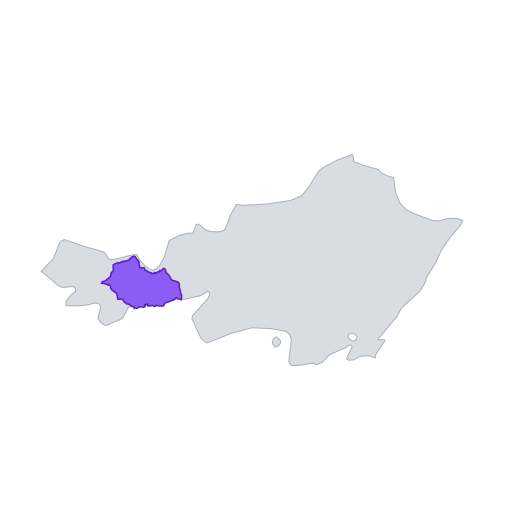 Sisian, Syunik, Armenia (highlighted), rotated 131°
{"feature_id": "60910142B33195245753630", "entity_name": "Sisian", "entity_type": "district", "adm_level": 2, "iso_a3": "ARM", "parent_name": "Armenia", "parent_adm1": "Syunik", "projection": "natural_earth1", "projection_center": [45.922, 39.579], "detail": "fine", "context": "in_parent", "style": "filled", "palette": "violet", "viewbox_px": 512, "rotation_deg": 131, "n_neighbors": 0, "source": "geoboundaries", "source_scale": "gbopen_adm2", "svg_char_len": 7359}
<svg xmlns="http://www.w3.org/2000/svg" viewBox="0 0 512 512"><g transform="rotate(131 256 256)"><path d="M229.9,304.6L226.3,299.0L208.5,280.8L191.9,266.7L180.5,261.0L169.0,261.6L151.1,264.4L144.6,263.2L129.1,257.1L116.2,249.8L118.0,246.8L120.7,244.6L117.5,235.2L110.4,220.0L111.2,215.3L109.0,208.7L106.5,203.7L116.8,191.9L121.5,182.3L122.6,173.0L120.0,163.4L113.4,145.9L109.4,140.9L101.8,136.1L95.4,128.4L93.9,122.9L99.3,121.8L115.0,121.7L130.3,119.8L142.3,116.2L159.6,113.2L166.7,110.5L175.0,109.2L200.3,112.1L209.7,109.8L238.2,109.4L238.9,108.3L235.1,104.6L235.1,103.2L252.1,100.9L254.7,99.1L256.9,105.0L263.2,111.5L270.2,114.1L273.9,117.7L274.1,120.4L261.7,123.7L260.9,125.4L261.7,127.0L265.4,127.8L282.6,135.9L292.4,136.1L297.6,138.6L300.2,143.5L308.4,150.1L314.9,156.6L315.3,158.8L314.1,162.0L295.7,174.6L293.4,179.0L293.1,183.6L301.1,197.3L313.0,212.2L330.1,223.6L353.8,235.9L354.1,243.5L350.3,252.6L347.1,258.8L345.6,263.0L342.8,264.7L319.2,264.4L315.6,265.8L314.1,267.6L314.0,269.1L322.4,271.9L335.7,281.6L343.3,291.0L351.2,295.1L360.1,302.7L367.3,309.7L378.4,318.7L390.8,315.8L407.3,323.8L408.0,329.3L407.0,334.2L396.6,339.6L395.3,341.8L395.3,343.6L396.7,346.3L402.8,350.6L410.0,357.1L418.1,366.8L414.5,369.7L407.0,370.1L401.1,369.0L399.0,370.9L399.1,374.1L406.8,381.5L408.3,386.9L408.0,396.2L408.5,408.0L390.5,407.2L375.1,412.9L369.4,411.7L365.5,401.7L362.2,393.6L352.5,372.8L355.1,364.2L349.7,359.3L336.6,350.4L333.2,346.8L335.1,341.7L336.3,332.5L335.1,325.1L331.6,322.8L325.1,322.7L317.1,324.5L301.1,331.7L290.1,327.1L283.7,322.5L280.0,318.6L271.7,321.8L269.7,320.3L269.3,310.7L266.8,305.5L261.8,299.5L257.2,296.6L240.1,302.6L229.9,304.6ZM256.9,133.2L257.4,129.8L256.6,126.7L253.9,125.7L250.5,126.5L250.2,129.9L251.2,133.2L254.6,134.7L256.9,133.2ZM311.2,186.4L307.3,188.6L303.6,187.6L303.7,182.2L306.3,180.1L309.4,180.2L312.3,182.1L311.2,186.4Z" fill="#d9dde1" stroke="#a8b0b8" stroke-width="1"/><path d="M377.8,354.7L376.0,351.8L374.8,348.2L374.0,348.2L374.0,346.3L375.6,344.7L376.2,342.2L375.7,336.7L379.3,331.8L376.2,328.6L377.1,325.5L377.0,322.0L375.9,320.6L375.8,320.2L375.7,319.9L375.7,319.7L375.7,319.2L375.8,318.8L375.7,318.5L375.7,318.2L375.7,317.8L375.4,317.6L375.4,317.1L375.5,317.0L375.5,316.8L375.4,316.6L375.4,316.3L375.3,316.0L375.2,315.9L374.7,315.7L374.7,315.4L374.6,314.8L374.7,314.5L374.9,314.3L375.1,314.1L375.3,313.8L375.4,313.6L375.2,313.6L374.9,313.5L374.7,313.4L374.5,313.2L374.3,312.9L374.2,312.8L374.0,312.3L373.8,312.0L373.7,311.7L373.3,311.3L372.6,311.1L371.3,310.8L371.1,310.7L370.9,310.4L370.7,310.1L370.3,309.7L370.1,309.5L369.8,309.4L369.3,309.0L369.1,308.7L369.0,308.4L368.9,308.1L368.7,307.8L368.5,307.4L368.2,307.1L367.8,306.8L367.5,306.7L367.3,306.7L367.0,306.8L366.9,306.9L366.6,307.0L366.4,306.9L366.3,307.0L366.1,306.9L365.9,307.0L365.7,307.4L365.7,307.6L365.7,308.0L365.4,307.9L365.2,307.8L365.1,307.7L364.6,307.2L364.4,307.0L364.3,306.8L364.2,306.5L364.1,306.4L363.8,306.4L363.7,306.4L363.4,306.1L363.6,305.9L363.9,305.8L364.3,305.8L364.5,305.6L364.7,305.4L364.7,305.2L364.6,304.9L364.5,304.7L364.4,304.6L364.3,304.4L364.2,304.2L363.3,303.2L363.1,303.0L362.9,302.9L362.6,302.7L362.4,302.6L362.2,302.5L362.1,302.2L361.9,302.1L361.7,301.9L361.4,301.9L361.2,301.7L361.0,301.3L360.9,301.1L360.8,300.9L360.9,300.7L360.9,300.3L360.8,300.2L360.7,299.9L360.7,299.7L360.7,299.4L360.4,299.2L360.1,299.0L359.5,299.0L359.1,298.9L358.9,298.8L358.5,298.4L358.3,298.3L358.1,298.2L357.9,298.0L357.8,297.8L357.8,297.6L357.8,297.4L357.9,297.2L357.7,296.8L357.4,296.6L356.9,296.0L356.7,295.9L356.4,295.7L356.2,295.4L356.1,295.1L355.9,294.6L355.6,294.1L355.4,293.9L355.1,293.7L354.7,293.4L354.3,293.1L354.1,293.2L353.6,293.3L353.1,293.3L352.8,293.3L352.4,293.5L352.1,293.6L351.5,293.7L351.1,293.7L350.7,293.5L349.7,292.9L349.2,292.7L348.8,292.4L348.4,292.2L348.2,292.0L347.8,291.6L347.4,291.7L347.2,291.6L346.8,291.4L346.4,291.2L345.9,290.8L345.4,290.6L344.9,290.5L344.5,290.5L344.4,290.4L344.2,290.2L344.1,289.8L343.9,289.7L343.6,289.5L343.4,289.3L342.8,289.3L342.6,289.1L342.3,289.0L341.9,289.1L341.3,288.9L341.1,288.8L340.6,288.9L340.1,288.9L339.8,288.9L339.6,288.8L339.5,288.5L339.5,288.3L339.5,287.4L339.4,286.7L339.1,286.0L338.8,285.4L338.5,284.8L338.4,284.4L338.4,284.0L338.3,283.8L336.8,284.4L335.4,285.5L334.3,286.5L333.3,288.9L331.8,290.3L329.7,293.6L327.5,295.5L326.9,296.5L326.8,297.3L327.0,298.4L329.4,303.7L329.4,304.5L328.8,305.7L328.0,307.6L327.7,309.6L327.4,310.8L327.4,311.7L327.6,312.6L327.1,313.5L325.9,315.1L325.6,316.2L325.7,317.1L326.0,317.6L327.0,317.8L327.5,317.8L327.8,317.9L328.0,317.9L328.3,317.7L328.6,317.7L328.7,317.8L328.8,317.8L329.0,317.7L329.5,317.9L329.6,318.2L329.8,318.4L330.0,318.8L330.0,319.0L330.4,319.0L330.6,319.0L331.0,318.8L331.2,318.7L331.5,318.7L331.7,318.9L331.9,319.1L332.1,319.4L332.3,319.7L332.8,319.8L333.2,319.9L333.5,319.9L333.9,319.9L334.4,319.9L334.7,319.9L334.9,320.0L334.9,320.3L334.9,320.5L334.7,320.9L334.8,321.0L335.2,321.5L335.3,321.7L335.3,321.9L335.3,322.0L335.5,322.0L335.8,321.9L336.2,321.8L336.4,321.7L336.5,321.7L336.9,322.0L337.0,322.1L337.1,322.4L337.3,322.7L337.5,323.0L337.4,323.1L337.4,323.3L337.3,323.5L337.4,323.8L337.4,324.1L337.9,324.9L338.0,325.2L338.4,325.8L338.5,326.1L338.6,326.5L338.6,326.9L338.5,327.2L338.5,327.3L338.8,327.4L339.0,327.5L339.0,327.8L339.0,328.0L339.0,328.3L338.8,328.7L338.7,329.0L338.8,329.1L338.9,329.3L339.1,329.5L339.3,329.8L339.4,330.1L339.5,330.3L339.5,330.5L339.4,330.6L339.3,330.8L339.2,331.0L339.1,331.3L338.8,331.4L338.8,331.7L338.7,331.8L338.4,332.1L338.3,332.8L338.3,333.0L338.9,333.5L339.0,333.7L339.2,333.8L339.4,334.1L339.6,334.3L339.9,334.4L340.1,334.4L340.2,334.7L340.3,334.8L340.5,334.9L340.8,335.1L340.8,335.4L340.8,335.6L341.0,335.7L341.1,336.0L341.0,336.3L340.9,336.4L340.6,336.5L340.4,336.7L340.2,337.0L339.9,337.1L339.8,337.3L339.7,337.6L339.5,337.9L339.4,338.1L339.3,338.4L339.2,338.7L338.9,338.9L338.7,339.1L338.7,339.3L338.7,339.5L338.5,340.1L338.3,340.2L338.0,340.2L337.7,340.2L337.4,340.1L337.2,340.3L337.3,340.5L337.2,340.7L337.1,340.9L337.0,341.2L337.1,341.5L336.9,341.9L336.8,342.2L336.6,342.4L336.6,342.6L336.7,343.0L336.6,343.6L336.6,344.0L336.3,344.6L336.3,345.0L336.2,345.4L336.2,345.6L335.9,345.8L335.8,346.1L335.7,346.4L335.8,346.7L335.8,347.0L336.0,347.3L336.0,347.7L336.1,347.9L336.3,348.1L336.5,348.3L337.3,348.5L337.8,349.0L338.0,349.0L338.5,348.8L338.8,348.9L338.9,349.1L339.1,349.2L339.5,349.2L339.8,349.2L340.4,349.2L340.6,349.2L340.7,349.4L340.8,349.5L341.1,349.3L341.4,349.3L341.7,349.2L341.9,349.2L342.1,349.2L342.4,349.3L342.7,349.4L342.9,349.6L343.0,349.5L343.4,349.7L343.7,349.9L344.1,350.2L344.2,350.4L344.4,350.5L344.7,350.7L345.0,350.8L345.3,351.0L345.5,351.2L346.0,351.2L346.2,351.4L346.4,351.7L346.4,352.1L346.6,352.4L346.7,352.6L347.0,352.8L347.3,352.9L347.4,353.0L347.5,353.0L348.0,352.9L348.3,353.0L348.5,353.4L348.6,353.6L349.0,353.7L349.3,353.8L349.4,354.0L349.5,354.1L349.8,354.2L350.0,354.2L350.3,354.1L350.5,354.2L350.6,354.4L351.0,354.6L351.3,354.9L351.3,355.2L351.3,355.5L351.5,355.8L351.8,355.9L352.0,356.0L352.4,356.2L352.9,356.4L353.5,356.8L353.8,357.0L354.0,357.0L354.2,357.3L354.3,357.4L354.5,357.4L354.5,357.6L354.4,357.8L354.5,357.7L354.8,357.5L355.7,357.6L355.9,357.4L356.1,357.4L356.3,357.5L356.5,357.6L356.6,357.8L360.7,354.0L363.6,354.3L367.1,352.3L374.5,353.7L376.1,355.2L377.8,354.7Z" fill="#8b5cf6" stroke="#5b21b6" stroke-width="1.5"/></g></svg>